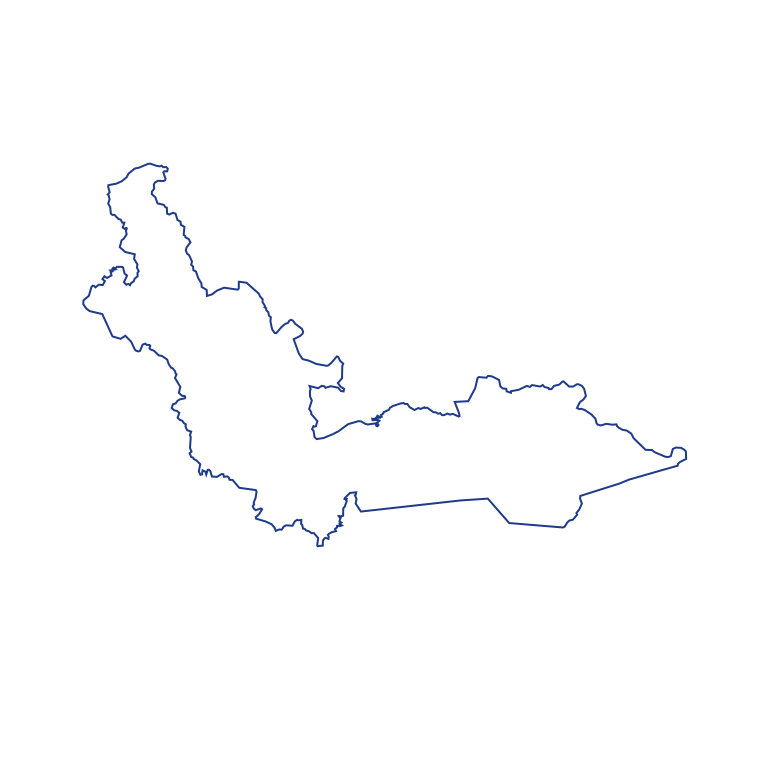 outline of Huehuetla, Hidalgo, Mexico, rotated 101°
{"feature_id": "50627088B94198813487846", "entity_name": "Huehuetla", "entity_type": "district", "adm_level": 2, "iso_a3": "MEX", "parent_name": "Mexico", "parent_adm1": "Hidalgo", "projection": "natural_earth1", "projection_center": [-98.075, 20.532], "detail": "fine", "context": "isolated", "style": "outline", "palette": "blue", "viewbox_px": 768, "rotation_deg": 101, "n_neighbors": 0, "source": "geoboundaries", "source_scale": "gbopen_adm2", "svg_char_len": 6154}
<svg xmlns="http://www.w3.org/2000/svg" viewBox="0 0 768 768"><g transform="rotate(101 384 384)"><path d="M555.8,418.2L554.3,413.2L549.5,414.1L547.1,413.1L546.2,412.2L546.6,409.0L544.3,409.2L542.9,410.3L541.8,409.7L539.5,407.1L537.6,403.0L535.6,404.4L533.7,402.7L532.3,403.0L531.9,400.0L530.8,398.3L529.8,401.0L528.2,399.4L527.5,401.5L524.2,401.2L522.3,403.3L522.0,402.5L523.5,401.0L521.7,400.5L521.1,399.0L513.7,400.3L512.5,399.3L505.9,398.2L505.3,399.0L504.0,398.7L504.4,400.8L503.7,400.9L497.4,396.6L495.6,390.6L498.5,390.7L498.8,391.3L502.2,389.0L506.8,389.0L513.6,382.3L483.6,286.3L476.7,260.2L496.6,234.6L490.7,180.9L489.5,179.4L484.8,177.6L482.5,175.8L481.2,172.7L475.5,169.5L473.9,170.5L469.9,168.4L463.6,166.9L459.1,169.7L456.4,169.9L436.8,133.9L431.2,125.4L408.1,80.1L406.3,80.2L404.3,78.8L399.9,73.1L392.6,74.8L391.3,76.5L390.0,80.2L390.7,85.3L392.7,88.1L399.9,88.6L401.3,90.6L401.8,93.6L399.3,105.3L397.7,108.4L398.7,114.7L389.6,128.6L385.5,131.8L383.4,136.8L383.4,141.3L382.1,145.3L381.0,147.2L379.3,148.1L380.4,152.3L380.7,158.3L383.3,163.3L383.1,166.5L381.8,168.0L377.8,169.8L374.4,174.5L371.2,182.0L370.7,185.8L371.4,187.5L370.7,190.0L364.4,188.2L361.2,185.3L357.2,183.5L350.6,186.6L348.1,189.3L347.2,192.7L347.4,194.5L350.4,197.8L351.2,201.8L347.2,208.2L347.6,209.3L351.0,211.7L353.5,216.8L357.0,218.6L357.6,220.9L356.6,221.6L356.3,225.9L354.7,228.0L356.7,230.2L356.8,238.5L359.0,240.2L358.6,243.4L364.0,250.7L366.8,257.9L368.4,257.7L367.8,262.2L365.4,263.1L365.7,266.5L364.2,269.3L358.1,271.8L356.0,279.1L356.0,282.1L356.4,283.6L358.3,284.6L359.1,292.3L360.3,293.3L370.8,293.7L384.8,298.0L388.1,311.2L398.1,304.9L401.0,303.7L401.7,304.4L400.2,310.7L401.5,313.4L400.9,316.1L403.1,319.1L403.5,321.1L401.9,323.1L402.8,325.2L401.9,327.9L402.3,330.0L399.0,337.1L399.7,339.2L399.2,339.9L401.5,343.2L401.0,345.5L403.7,349.2L401.9,354.4L399.2,357.2L399.6,359.8L399.0,361.4L399.6,363.3L403.9,371.1L406.4,373.7L408.3,374.2L411.8,379.1L413.1,379.0L415.0,381.0L416.6,380.0L417.2,381.3L416.4,384.4L417.3,384.6L418.2,382.9L418.8,385.6L419.7,385.4L420.1,387.0L420.7,386.7L420.4,388.8L421.7,388.4L420.4,383.0L421.0,381.5L423.3,383.6L424.0,382.7L424.7,383.1L425.4,381.6L426.7,382.4L426.8,383.3L424.3,384.9L426.8,392.1L426.7,394.7L425.1,399.2L425.3,401.9L430.3,411.6L439.3,419.9L442.9,424.5L448.6,433.1L450.9,439.6L449.3,442.1L443.6,444.1L442.0,446.0L438.8,445.2L439.1,443.9L438.4,442.8L433.2,442.3L427.3,449.8L425.5,450.0L422.9,452.7L414.0,451.7L410.3,454.2L405.0,455.4L403.2,455.0L400.2,456.7L400.7,447.8L397.6,444.7L397.7,442.0L398.9,440.8L396.3,435.7L396.4,428.3L399.1,424.9L399.0,422.3L396.4,422.2L394.8,426.2L391.8,429.5L386.4,426.3L374.2,428.4L371.8,427.9L369.4,431.8L366.2,434.0L366.0,435.6L373.5,439.8L376.6,442.5L377.1,443.8L377.2,454.5L375.4,462.4L375.1,468.7L370.2,473.5L357.3,481.2L353.0,475.6L350.1,473.5L348.1,473.4L345.5,475.1L341.8,482.7L339.2,485.5L338.7,487.5L339.9,489.0L342.4,489.9L343.8,492.4L347.7,495.5L354.6,499.4L354.7,501.1L352.0,504.0L349.1,505.4L343.9,507.5L340.1,507.8L338.9,509.9L335.4,511.4L334.0,513.7L332.1,514.1L331.5,515.9L330.3,515.6L326.7,518.9L323.9,519.3L321.8,522.3L319.3,524.0L310.8,538.3L311.3,546.0L318.0,544.8L319.3,545.7L320.0,559.4L324.3,565.9L328.9,570.0L331.3,574.6L325.5,576.0L323.5,581.5L320.1,582.4L316.0,586.2L309.4,590.1L308.7,592.8L305.0,593.9L303.8,596.0L300.3,595.9L294.7,599.9L293.6,602.2L290.5,604.1L287.4,603.8L281.9,601.0L279.0,603.3L278.0,606.8L276.8,607.2L275.9,609.1L267.8,609.9L266.5,613.7L263.4,614.8L262.4,618.0L256.6,621.1L256.2,623.9L258.6,627.0L258.2,629.4L252.4,630.8L252.2,632.3L250.2,634.3L249.9,640.8L244.3,644.1L241.9,648.2L239.4,648.5L236.2,646.9L232.2,648.0L230.0,647.4L227.7,644.7L226.8,639.1L225.7,637.7L224.2,637.6L218.4,641.0L217.1,640.2L216.6,637.4L214.0,637.3L212.6,639.1L213.3,642.2L212.2,644.0L213.1,645.6L213.3,648.7L212.3,655.4L212.9,657.5L218.5,666.0L220.0,669.7L226.2,674.9L230.3,676.2L235.0,680.1L238.5,685.1L241.4,692.5L243.0,692.4L248.1,689.9L250.8,691.3L251.1,690.4L255.1,688.6L259.5,689.2L262.5,686.6L268.9,684.6L269.8,683.0L269.4,680.9L272.7,676.1L272.9,673.7L275.5,671.9L275.2,669.7L280.3,670.3L281.2,668.2L280.0,666.9L280.3,666.2L283.0,666.5L286.2,665.2L291.3,667.3L293.0,669.0L300.1,669.5L303.8,663.2L304.2,653.4L308.9,653.2L313.8,648.8L316.8,648.8L320.1,646.3L322.0,647.2L325.2,646.4L328.3,648.9L330.8,649.2L333.5,651.7L335.4,652.1L334.6,654.1L335.7,656.0L333.7,658.7L326.6,656.9L325.1,659.7L319.6,662.3L319.0,663.1L319.9,668.5L321.7,669.6L321.3,671.7L322.1,672.3L322.9,669.8L324.6,674.0L325.4,672.3L326.1,673.7L329.4,672.2L332.8,676.2L331.6,679.0L334.8,680.4L336.2,677.6L340.6,679.0L340.9,682.9L344.2,685.7L343.0,687.4L343.1,688.7L344.6,689.7L353.7,690.5L359.2,694.9L363.0,694.5L366.6,690.8L368.6,686.8L369.1,673.9L389.1,659.6L389.9,651.2L386.0,647.1L390.7,640.3L397.4,635.4L398.6,633.8L398.9,631.2L397.9,629.8L391.3,628.4L389.9,625.9L390.9,624.5L390.4,621.7L391.3,620.7L393.6,621.1L394.6,620.0L395.2,616.2L398.9,610.4L398.8,607.4L401.4,601.5L405.6,599.1L408.6,596.2L408.9,594.4L411.6,591.3L413.3,590.7L414.1,589.5L418.0,590.3L425.8,583.3L431.8,583.7L434.1,580.0L433.8,577.5L434.8,576.6L436.0,576.7L438.1,581.6L439.9,583.5L442.9,584.9L444.1,587.3L448.2,587.8L449.9,584.9L449.9,582.2L451.4,579.4L456.4,580.2L458.0,577.9L458.6,574.9L460.5,573.1L461.4,570.9L463.8,570.7L467.0,568.3L467.5,564.2L471.2,564.7L472.9,563.6L483.9,562.2L487.2,560.0L489.0,561.6L492.5,559.3L492.7,557.2L493.8,556.6L494.9,553.4L497.8,549.1L505.1,549.1L508.1,546.9L507.5,545.4L503.4,545.6L504.1,542.6L506.8,541.2L501.9,540.7L501.6,539.6L502.4,538.0L507.7,535.2L507.0,530.1L503.5,526.4L503.2,524.5L505.6,523.4L504.6,520.0L505.5,518.4L507.5,517.4L507.1,514.3L513.5,506.3L512.6,489.6L513.8,488.6L520.4,488.3L525.3,489.3L527.0,488.5L528.9,489.6L531.4,487.7L532.3,485.7L529.8,481.6L529.7,480.3L530.4,479.8L536.0,482.0L539.2,484.5L540.6,483.9L541.5,474.2L543.1,467.6L545.8,464.2L548.8,462.1L546.9,459.3L546.5,456.7L543.0,455.1L541.4,453.1L540.6,446.8L535.9,445.3L533.9,443.4L534.2,442.3L533.2,439.2L537.1,438.7L538.0,437.4L541.4,435.9L541.4,434.1L542.7,432.4L542.8,429.8L544.2,426.7L543.8,424.3L547.8,419.2L555.1,418.8L555.8,418.2Z" fill="none" stroke="#1e3a8a" stroke-width="2"/></g></svg>